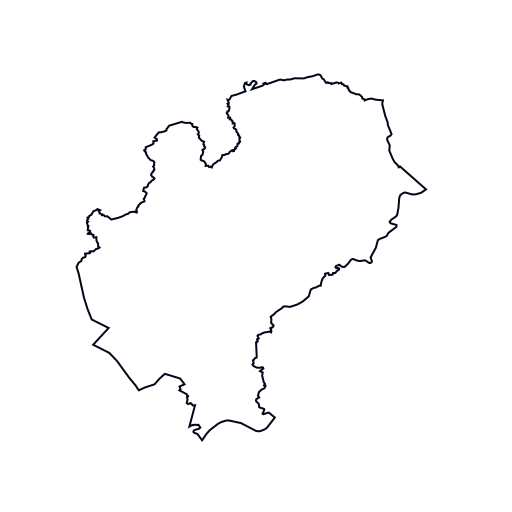 Long Thanh, Đồng Nai, Vietnam (Equal Earth projection), rotated 252°
{"feature_id": "81297802B3720110239063", "entity_name": "Long Thanh", "entity_type": "district", "adm_level": 2, "iso_a3": "VNM", "parent_name": "Vietnam", "parent_adm1": "Đồng Nai", "projection": "equal_earth", "projection_center": [107.054, 10.757], "detail": "fine", "context": "isolated", "style": "outline", "palette": "ink", "viewbox_px": 512, "rotation_deg": 252, "n_neighbors": 0, "source": "geoboundaries", "source_scale": "gbopen_adm2", "svg_char_len": 6134}
<svg xmlns="http://www.w3.org/2000/svg" viewBox="0 0 512 512"><g transform="rotate(252 256 256)"><path d="M97.4,147.8L101.9,153.6L104.6,158.1L108.1,167.8L108.8,171.6L108.7,177.3L107.6,180.0L101.7,190.1L89.9,201.7L88.7,203.7L88.1,206.1L88.3,209.1L88.6,211.4L89.5,213.7L96.6,224.0L103.0,219.9L103.3,218.7L103.2,214.2L103.9,213.5L107.1,216.3L108.1,216.4L111.1,212.3L114.6,212.9L117.7,211.3L118.6,211.3L119.8,212.1L120.5,215.3L122.5,214.7L125.6,216.7L127.1,219.7L127.7,223.2L129.5,225.0L129.8,225.0L130.5,223.7L131.7,225.0L133.5,224.4L140.5,224.9L143.1,226.4L145.3,224.2L146.8,228.3L147.8,228.2L148.3,227.7L148.5,225.1L149.7,222.1L152.2,219.6L153.9,219.1L154.8,220.7L157.7,220.8L157.9,221.9L159.1,223.2L159.1,225.0L160.1,225.6L173.6,229.3L173.7,230.2L174.4,230.2L174.5,231.3L176.5,231.3L176.7,233.1L179.6,232.7L180.2,233.4L180.1,236.7L180.6,238.2L180.7,241.0L180.3,242.2L180.1,244.9L178.7,246.7L179.8,247.5L181.0,247.1L182.0,248.0L182.9,247.4L183.4,250.5L184.5,251.3L187.6,249.7L191.1,251.1L193.7,251.2L194.9,254.8L196.5,257.8L198.5,264.8L199.5,266.3L198.7,269.3L197.1,272.5L197.1,280.3L198.3,286.4L201.3,293.7L206.6,297.3L207.4,298.3L207.8,301.6L207.5,303.4L208.3,306.9L207.8,308.4L210.6,309.8L213.9,312.3L215.1,314.1L215.7,315.8L217.8,316.2L217.5,319.5L215.4,319.6L214.6,322.7L214.7,323.3L216.0,324.1L215.3,326.1L216.7,328.1L217.4,330.7L218.2,331.2L218.9,331.0L219.6,328.7L220.8,328.1L221.6,328.6L222.0,332.4L219.0,334.7L218.2,336.9L220.4,341.4L222.9,344.9L223.3,346.5L223.1,347.6L220.9,350.0L219.3,352.6L218.1,358.6L214.6,361.3L214.0,362.4L214.3,363.9L215.0,364.6L219.3,364.6L226.9,372.6L233.4,376.8L234.0,378.9L234.3,384.9L234.8,386.6L237.1,389.1L240.3,398.5L242.1,399.2L245.6,394.0L247.3,393.7L248.8,396.1L250.4,401.6L251.6,403.0L257.8,406.4L266.8,410.1L269.2,411.9L270.3,414.7L270.4,417.4L266.3,423.5L265.3,426.7L265.1,432.5L266.8,438.3L296.7,420.6L296.2,419.3L298.6,418.8L302.5,416.8L306.2,416.1L315.0,415.3L319.9,417.4L326.0,416.6L327.4,417.2L328.4,418.3L328.9,421.1L330.1,422.6L339.7,421.9L342.8,422.5L349.2,422.2L358.9,422.8L361.8,423.1L364.8,424.8L367.6,418.3L370.1,414.4L370.6,410.4L370.4,407.4L371.5,407.5L373.0,405.8L374.5,406.0L377.7,404.2L378.9,401.3L382.7,396.5L384.1,396.3L384.8,395.5L387.2,395.7L387.9,394.9L389.0,395.5L390.8,392.5L392.3,392.2L392.9,390.8L394.5,390.7L394.5,388.0L395.3,387.7L396.2,386.1L396.2,381.0L397.0,381.2L397.8,379.1L398.3,378.8L398.2,378.1L399.1,377.8L398.9,376.8L399.2,376.0L403.2,375.0L404.3,373.9L408.0,373.2L409.2,371.9L409.6,370.4L409.5,365.3L410.2,359.9L410.1,356.4L413.1,347.6L413.3,342.9L414.3,339.7L414.4,337.0L416.4,333.3L416.1,319.3L417.8,318.6L417.7,316.6L416.8,317.1L416.0,314.9L415.8,303.7L419.3,308.0L419.9,309.9L421.8,309.7L423.1,308.2L423.3,307.0L421.6,304.0L420.7,303.8L420.7,301.8L422.6,299.9L423.9,300.5L423.8,298.8L420.9,296.8L415.9,296.9L415.5,287.5L415.8,282.1L413.2,279.3L412.8,278.1L413.4,277.2L409.9,277.4L409.5,277.1L409.5,276.0L408.1,276.5L407.0,275.4L406.2,276.8L405.1,276.6L402.5,275.1L402.4,273.5L401.6,273.4L401.0,272.3L397.7,273.2L396.2,272.2L395.5,274.1L394.1,273.3L393.3,274.7L392.1,274.7L391.4,275.4L389.3,274.8L389.2,276.3L388.6,276.7L386.1,275.8L385.2,274.3L384.0,274.5L383.1,275.8L381.9,276.3L380.7,275.8L377.8,276.8L376.7,276.3L375.8,277.2L374.5,276.8L373.7,277.6L371.9,276.1L369.6,276.2L369.4,274.7L368.3,274.6L368.3,273.0L366.3,272.2L365.7,269.9L365.1,269.5L364.4,269.9L363.9,268.0L362.7,267.6L362.8,266.5L363.7,266.5L364.0,266.1L363.2,263.3L362.1,262.1L361.7,260.5L362.2,258.9L361.8,257.3L362.4,255.2L360.6,254.1L358.1,251.3L358.3,249.1L357.3,247.1L356.8,244.8L356.0,243.1L353.9,241.2L355.0,240.3L355.1,238.9L356.7,238.4L357.2,236.0L359.1,236.8L362.1,235.9L364.0,233.5L364.7,233.1L368.2,234.7L368.7,236.3L371.3,238.0L373.4,237.8L374.1,240.6L375.1,241.2L376.3,240.6L377.6,241.0L378.7,240.5L380.7,241.9L382.3,240.0L386.3,238.2L387.9,239.2L389.7,238.3L390.6,239.5L391.8,239.9L395.2,238.9L396.2,240.0L397.3,238.7L398.0,236.5L399.6,235.7L401.2,236.2L401.5,235.5L403.1,234.5L404.1,230.7L406.0,227.3L406.5,227.1L406.8,213.7L404.1,209.9L403.1,209.6L402.8,207.6L403.0,203.9L403.6,202.1L403.4,201.3L400.0,196.1L397.8,197.8L396.4,197.5L396.8,193.7L394.5,193.2L394.0,191.1L393.5,184.7L391.4,184.0L391.1,182.3L389.7,182.6L388.6,183.5L387.4,183.0L383.0,183.9L379.8,185.4L378.1,187.7L376.6,188.4L374.9,187.3L373.8,187.3L372.9,185.8L371.3,186.3L369.3,186.0L368.8,184.7L368.0,184.5L367.4,182.9L365.7,181.2L363.3,181.9L362.1,183.0L361.1,183.4L360.2,182.0L360.0,180.4L358.7,178.4L358.5,176.9L356.8,174.9L355.9,174.7L355.2,173.4L355.5,170.5L352.7,168.8L351.8,170.1L349.5,171.4L348.9,171.2L347.0,169.0L346.1,168.6L345.0,166.8L343.4,167.1L342.4,166.7L342.2,163.5L340.7,160.1L339.5,159.6L339.0,158.3L338.0,157.3L335.9,155.9L335.1,156.6L334.2,156.0L335.9,153.6L336.6,149.4L335.6,147.2L335.8,145.7L335.0,141.1L334.9,136.4L335.4,129.7L339.6,127.0L340.4,124.6L341.8,123.9L342.4,122.2L343.1,122.7L345.0,120.3L346.2,120.8L347.4,120.3L347.8,121.8L349.6,119.7L349.0,118.0L348.8,115.2L346.0,112.0L345.7,109.9L344.5,109.0L344.6,107.6L343.1,107.8L342.3,106.5L341.6,106.1L340.6,106.9L339.9,105.5L337.0,105.4L336.2,105.9L335.6,105.1L334.4,104.9L332.8,103.9L332.2,104.1L331.8,105.3L331.0,106.0L329.7,105.0L329.6,103.5L329.1,102.9L328.3,104.6L328.3,106.3L327.3,106.3L326.2,108.0L324.8,107.2L323.6,107.5L323.2,110.0L320.2,109.1L318.3,109.1L316.9,109.7L313.8,108.8L312.4,109.8L312.0,108.8L312.0,105.8L310.6,102.9L311.8,99.8L311.4,99.0L310.3,99.3L310.0,98.7L311.1,94.2L310.6,93.9L309.1,94.2L307.8,93.4L307.8,91.1L306.9,89.3L305.2,88.3L304.4,85.2L301.1,82.0L294.3,81.9L269.2,79.5L257.7,79.4L246.9,80.1L246.2,80.3L233.1,93.6L221.9,73.7L209.1,86.6L199.0,91.4L179.1,97.9L170.3,101.4L164.5,103.0L165.3,109.9L165.3,119.8L169.1,126.2L172.1,132.9L162.9,146.0L156.1,148.4L155.5,142.9L152.7,143.1L151.9,141.6L146.0,147.4L144.9,147.3L143.9,148.2L143.5,148.1L143.1,146.7L140.8,146.6L137.6,144.7L136.2,145.6L136.4,148.0L135.7,148.2L135.7,148.9L133.4,149.7L132.9,151.9L114.3,139.9L115.0,143.3L114.3,144.3L114.5,145.3L114.2,146.6L113.3,147.8L113.3,149.1L110.0,150.0L109.3,148.1L109.5,144.2L109.1,142.7L108.0,142.1L107.2,142.4L104.8,145.3L97.4,147.8Z" fill="none" stroke="#020617" stroke-width="2"/></g></svg>